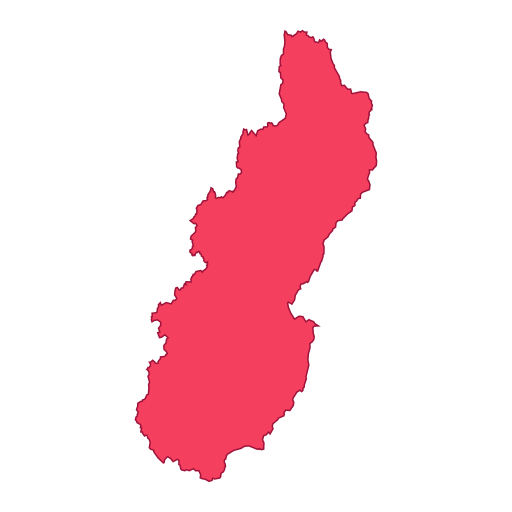 outline of Malinau, Kalimantan Timur, Indonesia
{"feature_id": "22746128B54632748429230", "entity_name": "Malinau", "entity_type": "district", "adm_level": 2, "iso_a3": "IDN", "parent_name": "Indonesia", "parent_adm1": "Kalimantan Timur", "projection": "equal_earth", "projection_center": [115.266, 2.582], "detail": "fine", "context": "isolated", "style": "filled", "palette": "rose", "viewbox_px": 512, "rotation_deg": 0, "n_neighbors": 0, "source": "geoboundaries", "source_scale": "gbopen_adm2", "svg_char_len": 6066}
<svg xmlns="http://www.w3.org/2000/svg" viewBox="0 0 512 512"><path d="M318.4,325.9L314.8,323.6L313.6,321.7L308.9,319.7L305.9,321.8L302.9,316.7L299.2,316.2L294.5,319.1L290.7,313.0L288.5,307.7L287.6,303.0L288.3,302.1L291.9,304.1L294.6,299.8L295.3,295.3L298.5,289.8L300.7,288.8L300.1,286.4L301.0,283.9L303.2,283.8L306.8,281.7L307.5,282.4L308.6,281.4L310.1,276.6L314.2,269.6L316.1,269.6L316.5,270.9L317.7,271.0L320.9,261.8L321.5,261.4L323.0,256.5L323.0,254.6L323.9,253.8L324.0,246.5L323.0,243.9L324.1,240.1L328.0,236.8L329.5,233.8L332.5,230.7L332.7,229.2L335.6,227.0L336.0,222.9L337.0,221.5L338.0,220.7L342.4,219.9L342.6,218.9L347.7,213.8L351.9,210.9L352.5,206.9L354.9,205.6L354.9,202.3L356.5,201.2L358.2,198.5L360.3,198.3L360.6,194.0L362.6,192.2L369.4,189.6L370.0,184.8L368.5,180.6L367.5,179.5L367.6,178.2L369.6,172.4L369.4,169.9L372.3,170.0L376.3,165.5L376.6,160.9L375.9,157.1L376.3,153.1L373.0,144.9L372.9,142.3L369.0,137.6L368.7,134.9L366.7,133.8L365.2,131.8L365.6,128.7L364.1,125.4L365.4,123.6L367.8,122.5L368.0,119.4L368.6,118.9L368.6,116.9L369.5,114.4L368.8,113.4L369.6,111.5L370.8,110.7L371.2,109.0L371.8,109.2L371.5,108.5L372.4,105.3L371.3,103.1L371.6,101.1L369.1,98.4L368.1,93.7L366.6,92.4L360.6,91.8L352.7,93.6L351.7,93.3L350.6,89.1L347.6,89.2L344.4,85.3L341.8,85.7L340.6,83.0L340.7,80.4L339.5,78.5L339.4,76.5L334.4,67.8L334.4,65.5L333.0,63.6L331.0,58.4L330.3,52.0L331.3,49.6L328.9,49.4L327.3,47.2L327.3,43.5L325.3,41.9L324.7,40.1L323.4,39.2L321.4,41.3L319.6,39.9L318.6,42.4L317.9,42.5L314.5,41.6L314.0,38.8L312.9,36.8L311.1,37.6L308.8,36.7L308.2,35.8L306.3,35.0L306.9,32.1L304.7,32.2L302.4,30.7L300.6,32.0L298.0,31.2L296.5,33.7L292.1,36.7L291.4,35.3L287.6,34.6L286.1,31.8L285.0,31.1L284.2,34.9L284.9,41.5L284.5,46.3L283.5,48.8L283.4,54.2L281.4,55.5L280.3,58.5L280.1,63.9L280.8,65.6L279.3,66.5L278.9,71.7L280.4,72.5L280.8,77.9L283.0,79.9L282.6,83.5L280.9,84.6L279.2,93.8L281.5,99.4L281.7,101.4L284.0,104.0L283.6,107.5L286.3,113.9L285.3,118.3L279.1,122.5L277.6,125.1L276.1,126.0L273.1,125.7L272.5,123.6L271.2,122.8L270.4,123.4L269.0,122.5L267.6,123.1L267.8,125.9L267.1,126.9L263.7,127.0L262.9,129.3L260.8,129.2L257.7,130.7L256.1,135.8L251.6,130.5L249.9,132.6L249.9,133.5L248.0,135.1L246.5,129.5L245.1,129.9L243.8,129.0L243.0,131.5L243.1,133.5L240.7,137.3L240.9,138.3L239.3,141.6L239.8,146.8L238.1,148.2L237.9,151.3L238.6,153.1L237.8,153.8L237.1,158.2L238.2,161.7L236.3,162.0L236.7,166.8L237.6,167.9L239.2,168.2L241.3,169.9L241.4,172.8L239.8,174.2L238.4,174.0L237.5,177.7L236.1,178.9L235.7,182.5L236.3,186.5L234.3,190.7L233.3,190.9L233.0,192.1L229.5,190.7L228.1,191.3L227.8,192.7L226.6,192.5L225.6,194.9L223.0,197.8L221.3,196.8L220.6,197.6L218.6,197.5L216.2,198.4L215.4,197.5L215.7,195.7L215.1,193.0L214.5,191.8L213.7,192.0L212.8,188.8L211.1,187.8L210.4,190.8L207.8,195.0L207.8,196.9L207.0,197.5L207.5,199.7L205.9,200.7L203.1,200.9L200.9,204.5L198.0,205.4L196.3,208.2L196.9,209.7L196.8,213.7L195.6,214.0L195.3,215.8L194.0,216.9L193.1,218.7L190.1,220.6L194.0,223.7L195.7,223.3L197.0,225.5L195.4,227.7L195.8,230.6L195.2,232.3L191.1,236.2L190.5,239.0L192.7,240.3L192.1,241.6L193.4,245.9L192.4,246.4L192.5,248.0L191.3,249.7L190.2,249.9L189.8,251.0L190.2,252.4L191.9,253.3L192.0,255.1L192.9,255.8L193.7,255.1L194.9,255.5L195.4,253.8L196.7,252.2L197.6,252.5L198.7,251.4L199.6,251.8L200.0,253.7L201.2,254.3L201.4,256.0L203.3,257.2L203.1,257.9L204.0,259.1L203.7,260.2L204.5,261.8L206.1,262.8L207.5,262.0L207.5,264.6L206.6,265.2L207.3,266.6L205.8,269.0L203.1,270.9L202.4,272.2L200.8,270.5L195.9,271.6L194.5,274.3L193.1,274.4L192.6,276.4L192.0,276.6L190.9,278.9L191.1,281.9L186.0,281.8L185.5,283.6L186.0,284.6L184.5,283.8L183.1,287.8L181.2,288.1L180.0,290.1L178.8,289.8L177.4,287.5L176.0,287.8L175.1,290.1L174.6,294.9L176.6,298.0L176.6,298.9L175.2,300.3L173.3,300.3L171.2,303.9L166.2,302.6L161.4,305.3L160.3,302.6L158.4,304.8L158.7,306.6L157.4,308.5L157.1,311.9L155.9,312.8L152.1,313.2L152.2,316.7L151.4,316.9L151.8,318.7L151.3,319.7L152.0,321.8L154.2,320.4L157.5,319.9L160.7,322.2L160.6,325.5L158.5,328.2L159.8,332.1L157.7,332.7L159.5,337.6L161.6,337.2L164.9,334.8L168.1,337.8L166.5,339.2L166.1,342.8L164.0,345.3L163.8,346.8L164.1,349.5L166.5,351.7L167.3,353.7L165.9,354.5L165.9,355.4L164.4,356.5L160.5,356.9L160.4,358.7L158.1,361.5L158.3,362.9L157.7,363.4L155.2,363.2L154.9,362.1L152.6,360.3L150.9,362.0L149.4,362.2L150.4,363.8L150.4,365.9L148.8,367.7L148.0,367.5L147.7,368.8L146.8,369.3L148.4,370.9L149.1,372.7L149.0,374.7L148.0,376.3L149.6,382.4L148.6,384.2L148.9,387.5L148.4,394.2L146.7,395.0L145.4,398.3L144.1,399.6L142.6,399.9L142.2,401.4L140.9,401.3L137.7,403.4L137.8,405.8L136.5,409.8L138.3,412.2L137.2,414.5L137.4,416.0L136.0,417.1L135.4,419.8L136.5,420.9L137.0,422.6L140.4,424.5L140.8,425.9L140.4,427.6L141.6,427.8L140.8,431.9L142.4,432.1L142.4,432.9L144.5,436.0L146.2,435.1L147.1,435.5L147.9,438.3L149.0,439.0L150.2,442.2L149.3,447.7L150.4,449.0L153.7,450.3L153.8,451.8L158.0,457.8L163.3,462.9L164.1,462.6L164.7,459.5L167.6,456.6L170.7,458.6L173.1,461.6L177.5,459.3L178.5,460.0L179.0,460.9L178.9,464.6L180.0,465.2L180.8,469.0L181.8,470.0L185.0,470.7L186.6,469.7L189.2,470.7L193.4,468.7L195.5,470.7L198.9,470.7L200.7,474.8L200.2,477.8L201.9,478.6L205.1,479.2L209.0,481.3L212.0,480.4L212.7,478.2L214.5,479.0L219.7,478.0L220.5,477.1L221.2,473.1L223.4,471.8L224.7,469.0L224.5,467.6L225.5,466.6L225.2,464.2L224.3,462.4L224.3,460.6L224.8,459.4L225.7,459.1L226.4,455.7L227.5,454.2L233.9,450.3L241.0,448.4L244.6,446.2L249.0,445.9L257.1,449.2L258.1,448.7L259.1,449.5L260.1,448.8L261.6,449.7L263.7,449.1L263.9,442.8L262.5,439.8L263.7,435.6L266.2,434.8L268.4,432.1L270.0,434.0L273.0,428.8L272.3,426.5L272.8,423.8L277.8,419.6L278.5,418.1L283.8,415.8L284.3,414.6L283.9,413.3L285.6,410.1L289.8,410.5L293.2,405.7L293.8,402.4L292.7,399.8L293.0,398.3L296.8,392.2L300.0,390.2L301.6,391.6L302.9,390.5L303.0,388.3L304.2,387.1L304.3,384.9L306.4,378.6L305.9,377.6L306.3,375.4L308.8,365.1L307.9,360.1L308.3,354.1L310.0,347.7L309.9,343.6L312.5,341.5L313.9,339.2L314.2,336.6L313.3,333.5L312.8,327.7L314.2,326.1L318.4,325.9Z" fill="#f43f5e" stroke="#9f1239" stroke-width="1.5"/></svg>